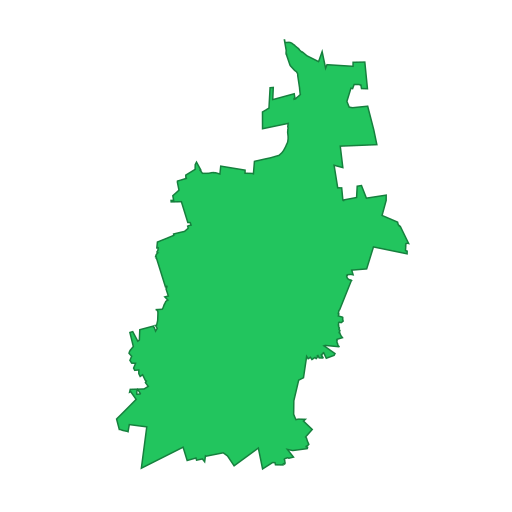 the district of City of Johannesburg, Gauteng, South Africa, rotated 175°
{"feature_id": "47623444B15418766532839", "entity_name": "City of Johannesburg", "entity_type": "district", "adm_level": 2, "iso_a3": "ZAF", "parent_name": "South Africa", "parent_adm1": "Gauteng", "projection": "mercator", "projection_center": [27.967, -26.215], "detail": "fine", "context": "isolated", "style": "filled", "palette": "green", "viewbox_px": 512, "rotation_deg": 175, "n_neighbors": 0, "source": "geoboundaries", "source_scale": "gbopen_adm2", "svg_char_len": 5869}
<svg xmlns="http://www.w3.org/2000/svg" viewBox="0 0 512 512"><g transform="rotate(175 256 256)"><path d="M388.7,54.6L345.3,71.9L342.4,58.3L333.4,60.0L333.0,57.8L327.1,58.5L325.1,55.5L323.8,61.2L323.5,60.9L305.8,62.8L301.8,59.3L296.1,48.9L270.4,64.5L268.0,43.3L257.5,48.8L255.1,48.5L254.8,46.3L247.3,45.5L247.2,46.2L247.1,46.4L246.8,46.7L246.4,46.8L246.2,46.7L245.7,46.5L245.6,46.3L245.3,46.6L245.2,46.8L245.1,47.4L245.1,47.9L245.2,48.2L245.2,49.6L245.3,50.2L245.6,50.9L245.4,51.3L245.2,51.5L243.0,52.1L242.1,52.3L240.9,51.7L236.2,52.4L241.6,60.6L236.4,59.0L222.4,59.6L221.7,59.7L221.3,60.9L222.7,61.5L222.6,62.0L222.2,62.2L221.5,62.5L220.8,62.9L219.8,63.8L220.9,67.0L221.6,70.3L222.4,71.4L215.1,78.3L223.1,87.4L221.1,89.0L228.1,89.8L230.5,89.5L231.4,92.1L232.2,94.8L232.3,94.9L231.0,107.8L231.0,108.3L224.3,128.6L219.3,130.6L214.3,151.6L213.0,149.1L210.6,150.4L209.3,148.0L206.1,149.8L205.0,148.5L204.8,148.6L203.3,150.5L203.6,151.2L203.0,151.5L202.0,149.0L198.5,148.6L198.1,148.8L198.9,150.6L199.3,150.5L199.5,151.5L199.2,151.7L199.4,152.0L197.5,153.2L197.6,153.5L197.0,153.8L194.9,148.0L186.9,150.2L185.8,151.9L196.1,160.6L194.8,160.9L181.4,158.4L181.2,158.7L181.7,159.0L181.9,159.2L182.0,159.8L182.4,161.0L182.3,161.3L182.4,161.6L182.8,162.7L182.9,162.9L182.8,163.9L182.9,164.5L182.6,164.7L182.8,165.7L182.4,166.0L177.0,167.1L178.4,169.3L179.1,171.5L179.7,172.1L179.4,172.2L179.3,172.3L179.3,172.6L179.4,172.9L179.5,173.2L179.4,173.7L179.2,173.8L179.2,174.0L178.9,174.5L179.0,174.7L179.6,175.3L179.8,175.7L179.7,176.0L179.3,176.8L179.2,177.0L179.5,177.5L179.5,177.8L179.9,178.3L179.9,178.7L179.8,179.2L179.9,179.6L179.7,179.6L179.7,179.8L179.9,180.1L179.9,180.5L179.7,180.8L179.6,181.3L179.6,181.5L179.6,182.3L179.2,182.6L179.0,182.8L178.8,182.7L178.6,182.8L178.4,182.7L177.4,182.3L176.9,182.2L176.3,182.5L175.4,183.3L175.0,183.4L175.0,184.2L174.9,184.3L175.0,184.8L175.3,185.3L175.0,186.3L174.9,186.9L175.1,187.5L179.2,189.1L178.5,191.1L179.1,191.4L178.2,194.1L178.3,194.3L177.3,195.3L163.3,223.0L162.9,223.2L163.1,223.5L164.1,224.0L164.7,224.0L165.0,224.1L165.8,224.8L166.5,225.3L166.9,225.9L167.2,226.7L167.2,227.1L167.5,227.4L167.5,227.6L167.3,228.2L167.3,228.3L167.2,228.2L167.0,228.6L166.7,228.7L166.4,229.4L163.6,229.4L162.7,229.3L160.9,228.8L161.9,233.6L146.9,233.5L138.2,254.8L105.3,245.0L105.0,247.7L106.6,248.4L105.9,253.0L106.1,253.1L105.5,255.3L103.8,255.5L102.9,255.2L109.4,272.2L110.4,273.2L110.1,273.3L111.6,274.8L112.0,277.4L126.9,285.4L121.5,300.0L121.0,305.3L141.0,304.0L144.8,317.0L149.1,316.7L150.7,305.5L163.7,304.2L163.8,303.6L164.1,303.6L164.4,303.7L164.5,303.8L164.6,304.2L164.6,305.1L164.7,316.4L168.7,316.8L168.7,317.3L170.3,339.6L161.8,336.5L162.5,358.1L125.9,356.4L127.7,371.5L131.7,395.5L146.9,395.3L150.2,396.2L152.0,402.1L146.8,414.9L145.2,414.3L143.3,418.3L138.7,417.9L137.4,417.5L137.3,417.2L137.1,417.1L136.9,417.3L136.6,417.2L136.3,413.6L130.4,412.9L130.7,439.7L142.4,440.5L142.8,436.5L168.6,440.4L170.3,437.0L172.3,453.8L176.6,444.4L176.8,444.2L187.8,451.0L192.0,455.2L192.4,455.0L194.9,457.6L194.9,458.1L195.6,458.7L195.9,459.3L196.3,459.5L199.0,462.2L199.2,462.7L199.3,462.8L199.8,463.0L201.7,464.8L202.2,465.1L203.1,465.6L204.5,466.0L205.1,466.0L208.5,466.1L208.7,468.7L208.9,468.7L208.0,458.2L208.4,455.5L208.4,454.5L207.9,454.3L208.1,453.8L205.6,443.6L205.3,442.7L204.8,442.0L201.5,437.7L201.1,437.3L199.8,436.2L199.5,435.8L198.7,434.1L198.6,433.6L198.7,432.1L197.9,418.8L198.0,419.4L197.9,414.2L197.7,413.0L199.1,412.0L199.2,411.8L201.9,410.0L202.3,409.6L202.7,409.2L204.4,408.8L204.4,409.5L203.5,410.3L203.8,414.3L224.1,410.6L225.7,410.4L224.1,422.4L227.3,422.4L229.4,407.8L230.2,402.2L237.0,398.9L238.4,382.2L212.4,385.3L212.7,384.5L212.6,383.8L213.0,382.6L213.1,381.8L212.9,381.3L212.8,380.6L213.3,379.2L213.4,378.0L213.7,376.7L213.6,372.3L213.8,369.9L214.4,367.2L215.0,365.7L215.7,364.7L216.9,362.4L219.4,358.6L220.2,357.7L221.2,356.6L223.7,354.7L224.1,354.3L233.3,352.5L238.3,351.9L245.6,350.9L247.4,350.7L249.3,350.4L251.4,338.1L252.6,338.6L259.7,339.4L259.4,342.5L283.3,348.6L284.8,340.8L289.1,342.5L289.4,342.4L290.8,342.6L290.8,342.8L292.6,342.9L295.9,342.5L302.1,343.0L303.1,344.6L304.2,346.3L303.5,346.5L307.1,354.7L308.6,352.3L309.1,347.6L318.9,342.7L319.0,340.9L318.9,341.0L318.6,339.4L327.7,337.5L327.9,336.5L327.0,328.3L333.6,323.3L333.5,322.1L333.2,318.6L335.8,318.8L335.8,317.3L325.6,316.6L321.0,295.3L318.6,295.0L318.0,292.4L320.0,292.2L321.5,291.7L321.1,289.8L321.3,289.4L325.1,286.7L328.9,286.2L336.2,285.1L336.1,283.7L353.0,278.5L353.3,276.9L353.3,276.7L353.4,276.4L354.1,272.7L352.7,272.6L353.3,270.0L354.2,269.0L354.3,267.4L353.9,267.4L355.2,266.2L356.0,264.3L355.6,264.3L355.6,262.4L355.3,262.4L348.9,233.1L347.5,233.7L347.4,233.5L348.0,231.7L348.2,231.3L348.5,231.1L346.8,223.8L350.4,223.2L347.7,219.8L348.1,219.7L349.9,218.5L351.4,215.8L351.6,215.8L353.0,212.7L353.5,211.9L354.1,211.1L360.0,211.3L360.0,211.2L359.2,211.2L359.2,210.3L358.7,209.6L358.6,209.3L358.7,207.3L359.5,200.9L359.7,199.9L361.1,195.6L362.1,195.6L360.7,192.5L362.6,189.9L363.6,193.5L364.3,194.2L364.2,194.2L364.0,195.2L378.2,192.7L379.5,182.5L381.2,181.4L385.4,191.4L388.3,190.8L386.1,176.5L389.4,173.2L389.3,172.9L390.1,172.3L391.0,170.2L388.8,167.2L388.6,167.0L390.7,163.0L389.2,160.1L385.3,159.6L387.7,155.0L386.8,152.7L382.7,152.7L383.0,149.0L381.9,146.1L379.3,147.6L377.0,141.5L376.1,140.9L377.2,139.5L374.7,135.5L379.1,133.3L384.8,133.6L385.1,133.7L384.9,132.6L384.9,132.3L384.9,132.1L384.8,131.9L384.5,131.6L383.3,129.3L383.2,128.9L383.3,128.8L383.6,128.6L384.2,128.6L386.4,128.6L386.9,128.8L386.1,133.7L392.9,134.1L393.8,131.3L392.6,131.7L387.9,123.6L391.9,120.2L404.7,109.4L408.6,106.2L408.7,105.9L409.1,105.7L407.3,95.1L406.8,95.1L405.9,94.8L404.3,94.0L403.5,93.7L402.1,93.3L401.4,93.1L400.9,92.9L399.7,92.6L398.8,92.1L396.9,99.1L379.7,95.3L388.7,54.6Z" fill="#22c55e" stroke="#15803d" stroke-width="1.5"/></g></svg>